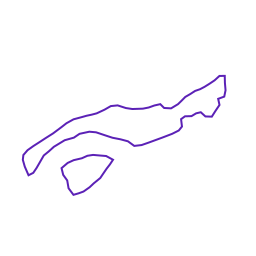 Cabedelo, Paraíba, Brazil, rotated 241°
{"feature_id": "56859067B69424996803869", "entity_name": "Cabedelo", "entity_type": "district", "adm_level": 2, "iso_a3": "BRA", "parent_name": "Brazil", "parent_adm1": "Paraíba", "projection": "mercator", "projection_center": [-34.848, -7.032], "detail": "fine", "context": "isolated", "style": "outline", "palette": "violet", "viewbox_px": 256, "rotation_deg": 241, "n_neighbors": 0, "source": "geoboundaries", "source_scale": "gbopen_adm2", "svg_char_len": 1253}
<svg xmlns="http://www.w3.org/2000/svg" viewBox="0 0 256 256"><g transform="rotate(241 128 128)"><path d="M103.1,175.9L110.0,178.7L110.6,183.5L107.6,189.3L107.8,194.7L106.5,199.3L100.6,201.3L97.3,206.8L100.6,212.9L103.8,219.2L109.8,221.0L108.8,227.4L113.7,231.6L120.6,234.7L126.7,237.9L129.2,233.2L127.7,226.8L127.2,220.8L126.9,214.7L127.0,209.9L127.9,204.6L127.5,198.8L127.4,193.2L125.9,188.1L124.6,183.3L124.3,175.2L128.0,169.3L133.2,167.8L134.9,162.0L135.9,156.0L137.7,150.4L142.5,141.0L146.5,135.8L152.8,129.9L155.5,123.6L155.4,116.3L156.0,107.7L157.3,102.6L158.8,97.7L159.9,93.0L162.0,84.6L162.0,76.5L161.0,70.1L159.6,59.8L159.1,51.2L158.6,44.4L158.1,36.6L157.3,29.4L155.1,23.4L151.2,20.6L144.3,19.0L134.9,18.1L134.7,23.4L137.4,28.7L144.8,41.0L146.0,47.6L147.5,54.0L148.0,66.7L145.8,76.0L146.4,82.8L143.5,92.4L139.7,98.0L132.5,104.6L127.0,109.7L121.7,116.0L116.4,121.5L109.3,124.8L106.5,131.6L105.3,138.5L103.0,153.2L101.5,163.8L101.2,171.2L103.1,175.9ZM104.1,46.8L96.0,47.9L94.8,53.2L94.0,58.3L94.8,65.7L96.2,71.2L97.7,79.5L99.8,83.6L102.8,89.6L104.9,94.5L107.5,99.5L114.1,95.3L118.1,89.3L121.4,84.4L123.4,79.0L123.9,73.0L126.2,64.9L126.7,58.3L125.1,50.4L118.4,48.6L111.6,49.4L104.1,46.8Z" fill="none" stroke="#5b21b6" stroke-width="2"/></g></svg>